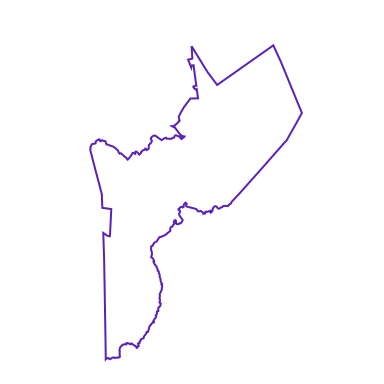 Mainero, Tamaulipas, Mexico, rotated 165°
{"feature_id": "50627088B20885387864604", "entity_name": "Mainero", "entity_type": "district", "adm_level": 2, "iso_a3": "MEX", "parent_name": "Mexico", "parent_adm1": "Tamaulipas", "projection": "equal_earth", "projection_center": [-99.511, 24.6], "detail": "fine", "context": "isolated", "style": "outline", "palette": "violet", "viewbox_px": 384, "rotation_deg": 165, "n_neighbors": 0, "source": "geoboundaries", "source_scale": "gbopen_adm2", "svg_char_len": 5985}
<svg xmlns="http://www.w3.org/2000/svg" viewBox="0 0 384 384"><g transform="rotate(165 192 192)"><path d="M65.4,239.9L72.4,294.4L75.5,312.6L140.0,288.9L146.0,303.9L154.7,333.0L157.1,320.8L161.5,320.8L160.5,312.4L159.6,314.3L158.6,314.1L157.7,314.1L159.8,297.7L160.3,293.5L161.5,293.7L162.5,293.4L163.2,293.7L163.4,293.5L163.5,292.6L162.0,290.0L160.8,290.2L161.9,280.9L169.4,282.7L178.0,275.9L182.4,271.5L185.4,268.0L185.4,265.6L185.8,264.4L185.6,264.0L185.9,263.6L186.6,263.7L187.0,263.1L187.7,262.6L188.4,262.4L189.0,261.9L189.8,261.5L190.6,261.4L191.5,260.9L191.5,260.6L192.1,260.0L192.6,260.5L193.2,260.2L194.2,260.9L194.5,260.9L191.8,258.5L188.8,251.1L187.8,249.4L186.8,248.5L184.9,247.6L185.7,246.9L187.1,246.4L187.7,246.6L188.4,245.9L189.1,246.9L188.9,248.2L189.1,248.5L189.5,248.0L189.9,249.0L191.2,249.6L192.4,250.7L193.3,251.0L194.2,250.6L195.5,249.0L196.9,249.3L198.3,248.7L202.7,250.1L203.0,251.1L204.0,251.2L208.0,250.0L208.4,250.6L209.1,251.3L210.7,253.2L212.3,255.4L214.0,256.4L215.5,256.1L217.4,255.1L218.0,254.1L217.5,251.6L219.1,249.9L220.2,249.5L220.7,248.8L221.4,248.6L221.9,247.6L222.4,245.4L223.3,244.6L224.8,244.2L225.4,245.8L225.9,246.0L226.1,245.1L228.9,245.0L229.7,244.1L230.6,244.0L231.3,242.9L232.1,242.3L233.3,241.8L234.4,244.3L235.5,245.6L236.2,245.6L236.7,244.8L237.0,243.6L238.1,244.6L239.3,245.1L240.6,243.6L242.8,241.8L245.4,240.0L245.9,239.9L246.1,240.3L246.3,241.3L246.9,242.5L247.8,243.4L250.3,247.4L250.9,247.9L251.9,247.7L252.5,248.8L252.7,251.0L253.0,251.8L253.7,252.5L254.3,253.8L255.8,255.7L256.8,256.6L260.0,258.6L261.0,259.6L262.4,260.2L262.5,260.8L262.4,263.1L262.9,263.7L263.6,263.9L265.3,265.2L266.1,265.0L267.0,264.6L267.5,264.9L267.6,266.6L268.4,267.0L269.3,266.6L270.3,266.4L271.8,265.8L272.6,263.9L276.3,264.1L278.6,261.5L278.6,260.4L279.4,259.3L279.6,237.3L279.6,223.6L279.7,213.2L282.7,199.9L274.4,196.4L282.2,172.1L283.0,170.5L284.9,171.6L285.6,172.2L288.3,175.4L294.5,148.9L314.2,70.0L318.6,52.8L318.3,53.0L317.9,53.0L317.3,53.4L316.4,53.1L316.2,53.4L316.0,53.5L315.7,53.3L314.9,52.1L314.5,51.7L313.5,51.9L312.7,52.4L311.9,52.4L310.9,52.6L310.4,52.5L309.8,51.8L309.0,51.6L308.5,51.7L308.0,51.5L307.2,51.5L306.7,51.2L306.0,51.4L305.1,51.0L304.7,51.1L304.1,52.0L304.0,53.0L304.0,54.1L303.6,54.7L303.5,55.6L303.0,56.6L303.0,57.3L303.1,57.5L303.2,57.8L302.5,58.8L302.3,59.4L301.7,60.4L300.3,61.4L299.2,61.9L298.7,62.4L298.3,62.4L297.9,62.2L296.8,62.5L294.8,61.8L294.7,61.9L294.7,62.6L294.6,62.9L294.1,63.0L293.0,62.7L292.6,62.4L291.6,61.3L290.9,60.8L290.5,60.8L290.0,61.4L289.5,61.3L288.7,60.3L288.0,59.2L287.2,58.7L286.7,57.9L286.0,57.5L285.9,56.0L285.7,55.7L285.3,55.7L285.1,55.8L284.6,56.7L283.4,57.0L283.2,57.2L283.2,57.6L283.4,58.8L283.4,59.3L283.3,59.6L283.1,59.7L282.1,59.5L281.7,59.7L281.5,60.0L281.5,60.8L281.3,61.1L280.2,61.6L279.9,62.3L279.5,62.9L278.9,63.1L276.5,63.3L276.4,63.6L276.2,64.4L275.9,64.8L272.9,67.1L272.3,68.3L271.9,68.5L271.1,68.2L270.7,68.2L270.4,68.7L269.9,70.0L268.8,71.1L268.6,71.9L267.6,73.6L266.3,74.1L265.3,75.2L264.4,75.7L262.9,75.8L262.4,76.0L262.4,76.5L263.1,76.5L263.1,77.0L262.3,77.9L261.4,78.6L260.7,79.3L259.5,80.0L259.0,80.5L258.9,80.7L258.8,81.2L259.0,81.7L258.9,82.3L257.6,83.1L257.3,83.7L257.1,85.1L256.9,85.4L256.6,85.7L256.2,85.9L255.7,85.6L255.4,85.7L255.2,86.0L255.0,87.4L254.3,89.1L253.7,89.3L253.0,89.8L252.3,90.0L251.5,91.4L251.2,92.0L251.1,92.7L251.3,93.1L251.9,93.4L252.0,93.9L251.4,94.7L250.8,95.9L250.8,96.4L250.9,97.8L250.7,98.3L249.8,99.8L249.9,100.7L249.8,101.4L249.3,102.2L248.6,102.7L248.1,103.7L246.6,105.3L246.2,106.2L246.1,107.1L245.6,107.7L245.2,108.5L245.2,109.2L245.4,109.9L245.4,110.7L245.2,110.8L244.9,110.4L244.7,110.5L244.7,111.3L245.3,112.6L245.4,113.2L245.0,116.2L244.8,116.9L245.2,117.8L245.2,118.1L244.6,120.5L245.0,122.0L244.8,123.0L244.8,124.2L244.9,124.3L245.4,124.6L245.5,124.7L245.2,126.7L245.7,127.9L245.5,129.1L246.2,130.4L246.3,131.1L246.6,131.4L247.0,132.7L247.0,134.2L247.2,134.5L247.3,134.7L247.0,134.9L246.6,134.5L246.4,134.7L246.4,135.2L246.6,136.4L246.9,137.5L247.3,138.0L247.4,138.6L247.7,139.0L248.2,139.3L248.3,139.6L248.2,139.9L247.4,141.1L246.7,142.4L246.3,144.7L246.6,146.6L245.8,148.7L245.7,149.7L245.5,150.0L244.5,150.4L243.8,150.3L243.1,151.5L242.4,151.8L241.6,152.7L238.5,153.6L237.1,155.2L236.4,155.5L235.8,156.4L235.3,156.7L234.5,156.9L233.5,156.6L231.0,157.2L229.2,157.2L228.3,157.6L227.8,158.0L226.9,158.2L226.5,158.6L225.4,159.1L223.5,159.7L223.0,160.1L222.8,161.4L222.6,162.0L222.0,162.9L221.8,163.4L221.3,163.7L220.6,163.6L220.2,163.7L218.8,164.7L218.4,165.3L217.5,165.7L217.3,166.1L217.4,167.7L217.3,168.0L216.0,169.2L215.5,169.2L215.2,168.8L215.0,168.4L214.9,168.1L215.5,166.4L215.5,166.0L215.1,165.2L214.6,164.7L214.0,164.5L213.3,164.5L212.7,164.9L212.2,165.0L211.7,164.9L211.0,164.6L210.5,165.0L208.8,166.5L208.3,167.3L208.5,168.2L209.7,171.1L210.3,173.0L210.2,174.0L209.7,174.6L209.1,175.8L208.6,176.0L208.4,176.5L208.4,176.8L208.6,177.3L209.7,178.4L209.7,178.7L209.6,178.9L208.3,179.5L207.1,180.3L206.8,180.4L205.7,180.2L204.9,179.5L204.2,179.5L203.8,180.2L203.5,181.3L203.2,182.0L202.4,182.4L201.3,183.3L201.1,183.4L200.8,183.1L200.2,182.2L200.5,181.6L201.3,180.3L201.3,180.1L201.0,179.6L199.8,178.6L198.3,177.8L197.3,177.5L196.5,176.8L196.1,176.4L195.0,176.1L192.4,174.5L192.0,174.0L191.9,173.1L191.1,171.7L190.4,171.5L188.7,171.5L188.4,171.4L188.0,171.0L187.7,170.3L187.0,169.6L186.7,168.8L186.7,168.1L185.9,168.4L185.2,167.8L184.9,167.9L184.6,168.3L184.5,168.9L184.3,169.3L183.9,169.5L183.6,169.4L183.0,169.0L182.3,169.0L180.0,168.9L179.0,169.2L178.8,168.9L178.8,168.5L178.9,168.0L179.4,167.4L179.3,167.2L179.0,167.2L177.2,168.5L176.6,169.5L176.4,170.4L176.1,170.7L174.7,171.9L173.8,172.3L173.0,172.2L172.4,171.9L172.0,171.2L171.5,170.0L170.9,169.2L170.4,168.9L169.2,169.1L168.1,169.6L166.9,169.5L165.7,170.3L164.9,170.3L162.7,169.8L160.8,169.1L159.2,170.4L157.9,170.6L157.3,170.9L156.3,172.2L146.5,178.3L120.3,195.5L89.2,216.2L87.3,217.3L73.3,231.6L65.4,239.9Z" fill="none" stroke="#5b21b6" stroke-width="2"/></g></svg>